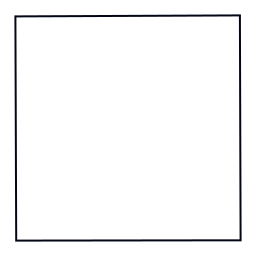 outline of Dickens, Texas, United States of America
{"feature_id": "52423323B72793142672199", "entity_name": "Dickens", "entity_type": "district", "adm_level": 2, "iso_a3": "USA", "parent_name": "United States of America", "parent_adm1": "Texas", "projection": "robinson", "projection_center": [-100.831, 33.616], "detail": "fine", "context": "isolated", "style": "outline", "palette": "ink", "viewbox_px": 256, "rotation_deg": 0, "n_neighbors": 0, "source": "geoboundaries", "source_scale": "gbopen_adm2", "svg_char_len": 181}
<svg xmlns="http://www.w3.org/2000/svg" viewBox="0 0 256 256"><path d="M15.4,16.4L16.2,240.6L240.6,240.3L239.9,15.4L15.4,16.4Z" fill="none" stroke="#020617" stroke-width="2"/></svg>